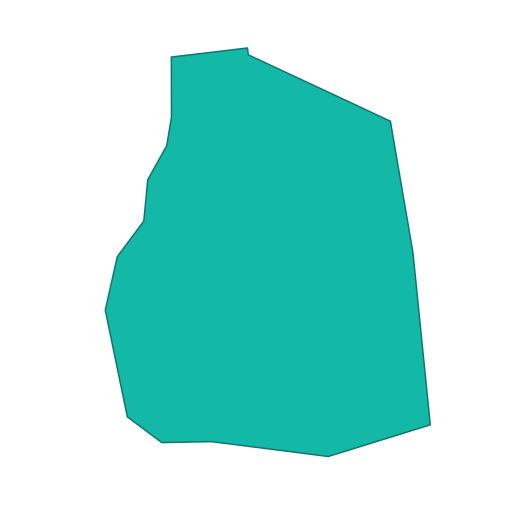 the City of Chaguanas, rotated 83°
{"feature_id": "TTO-63", "entity_name": "Chaguanas", "entity_type": "City", "adm_level": 1, "iso_a3": "TTO", "parent_name": "Trinidad and Tobago", "parent_adm1": "", "projection": "natural_earth1", "projection_center": [-61.422, 10.535], "detail": "fine", "context": "isolated", "style": "filled", "palette": "teal", "viewbox_px": 512, "rotation_deg": 83, "n_neighbors": 0, "source": "natural_earth", "source_scale": "10m", "svg_char_len": 380}
<svg xmlns="http://www.w3.org/2000/svg" viewBox="0 0 512 512"><g transform="rotate(83 256 256)"><path d="M48.2,315.8L48.5,239.1L55.4,239.1L138.6,106.2L271.4,99.8L444.8,103.6L463.8,208.7L434.8,323.0L429.7,372.3L400.0,403.3L291.4,412.2L239.8,393.8L207.7,363.1L167.2,354.2L135.7,331.2L107.9,323.0L48.6,315.8L48.2,315.8Z" fill="#14b8a6" stroke="#0f766e" stroke-width="1.5"/></g></svg>